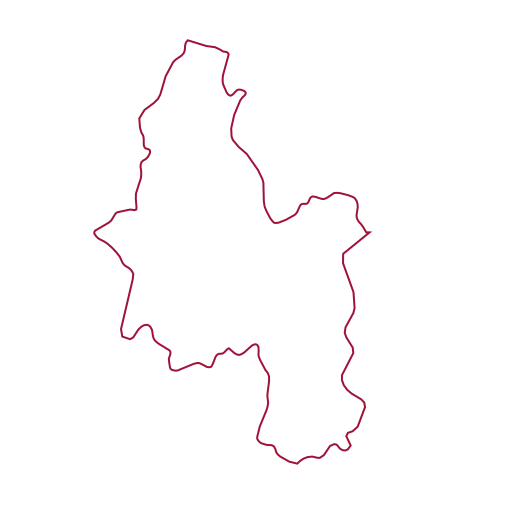 the border of Belluno, rotated 293°
{"feature_id": "ITA-5467", "entity_name": "Belluno", "entity_type": "Province", "adm_level": 1, "iso_a3": "ITA", "parent_name": "Italy", "parent_adm1": "", "projection": "robinson", "projection_center": [12.178, 46.278], "detail": "fine", "context": "isolated", "style": "outline", "palette": "rose", "viewbox_px": 512, "rotation_deg": 293, "n_neighbors": 0, "source": "natural_earth", "source_scale": "10m", "svg_char_len": 3641}
<svg xmlns="http://www.w3.org/2000/svg" viewBox="0 0 512 512"><g transform="rotate(293 256 256)"><path d="M337.1,94.8L346.9,96.3L357.0,102.2L362.4,104.4L367.2,104.8L386.1,102.6L402.2,104.0L402.8,104.3L405.3,105.3L411.3,109.1L414.3,110.2L417.3,110.1L422.5,108.4L425.1,108.1L427.9,108.9L429.9,128.2L432.2,136.7L432.0,141.9L431.4,145.8L432.3,149.2L431.8,151.1L430.8,152.1L409.4,155.0L406.2,156.0L403.4,157.2L402.1,158.0L400.4,159.4L394.8,165.4L393.6,167.8L393.5,169.6L394.4,170.7L395.6,171.5L397.0,172.1L398.7,172.6L401.5,173.9L402.6,175.4L403.2,177.4L403.3,181.0L402.5,182.6L401.1,183.1L399.5,182.8L396.5,181.5L393.0,180.7L377.4,180.8L363.8,183.3L356.7,186.7L355.0,188.1L353.7,189.5L349.6,197.5L347.2,204.9L346.3,207.7L335.9,224.3L329.2,231.9L326.5,234.1L309.7,241.7L304.9,244.6L301.6,247.9L296.2,254.5L294.5,257.6L293.7,259.5L293.9,260.8L295.1,263.2L296.0,264.3L301.0,269.4L309.0,275.6L310.5,276.2L312.1,276.7L319.5,276.9L321.0,277.3L322.0,278.3L322.7,279.5L323.2,280.9L323.8,282.1L324.9,282.9L326.6,283.2L330.3,283.2L331.9,283.8L333.1,285.1L333.7,288.1L334.2,293.8L334.5,295.3L335.2,296.4L336.0,297.5L338.3,299.3L344.5,303.3L345.7,305.7L346.8,309.2L348.0,317.2L348.2,321.1L348.0,323.8L347.1,325.5L346.4,326.5L345.6,327.5L343.3,329.3L340.6,330.6L332.6,332.7L331.3,333.4L330.2,334.2L329.2,335.2L328.3,336.4L327.5,337.7L326.3,340.4L324.6,343.2L320.9,348.2L322.1,351.3L292.1,335.4L283.4,338.9L260.9,359.8L246.6,367.1L241.6,367.9L225.3,366.3L219.9,367.7L216.3,371.1L209.5,380.8L204.6,383.5L179.9,381.7L175.3,383.6L171.4,387.3L168.4,392.3L166.7,397.9L165.2,408.7L163.4,412.9L159.5,415.4L138.6,416.3L132.4,413.4L129.1,409.7L125.5,409.5L118.5,417.2L113.7,416.0L111.9,414.3L111.1,411.5L111.5,408.5L113.8,404.2L113.5,401.6L110.1,398.4L99.3,396.3L95.1,393.6L94.4,392.0L93.3,386.0L91.0,382.0L88.0,378.9L84.6,376.7L81.0,375.1L79.7,367.0L80.9,356.5L81.9,353.5L83.1,351.5L85.9,349.2L87.6,347.1L88.0,345.4L87.8,343.7L86.5,340.6L86.1,338.1L85.7,333.5L86.9,330.2L88.3,328.5L90.0,327.8L100.5,326.1L118.7,325.9L122.2,325.4L125.5,324.6L132.0,320.9L146.3,316.8L150.3,315.0L152.1,313.4L153.3,311.9L154.7,309.3L161.9,300.4L164.1,298.2L166.1,296.8L170.2,295.3L173.4,293.7L174.5,292.1L174.7,290.5L174.1,289.2L173.1,288.2L172.0,287.3L162.1,282.6L159.7,280.7L158.8,279.7L158.1,278.5L157.9,276.4L158.2,274.0L160.4,267.2L160.2,266.9L159.5,266.2L158.2,265.6L155.0,264.5L153.7,263.8L152.8,262.8L151.5,260.2L150.5,259.2L149.2,258.5L147.5,258.2L139.7,258.4L137.9,258.3L136.3,257.8L135.3,256.4L134.7,254.2L135.3,247.5L135.2,245.3L134.6,244.0L133.9,242.8L132.2,240.6L120.2,228.8L119.3,227.4L118.7,225.6L118.3,223.0L118.8,221.4L119.9,220.3L126.1,216.5L127.6,215.9L132.9,215.4L134.7,214.3L135.4,212.9L137.2,200.8L138.0,197.8L138.9,195.6L139.7,194.5L140.7,193.5L143.0,191.8L145.9,190.1L147.6,188.9L149.6,186.3L150.2,184.4L150.1,182.7L149.5,181.4L148.7,180.3L147.8,179.3L145.4,177.7L142.1,176.4L133.1,174.8L130.2,172.6L129.6,164.4L136.0,160.3L186.1,151.7L191.4,150.1L192.4,149.1L193.3,148.0L194.1,146.8L194.7,145.5L195.2,143.9L196.0,138.9L196.8,137.2L197.8,135.6L202.1,130.9L205.0,125.7L207.4,120.2L209.4,114.1L210.0,110.8L210.4,105.3L210.8,103.3L211.7,101.2L213.4,98.4L215.1,97.8L216.5,98.0L229.4,107.6L232.2,108.9L239.5,110.0L241.0,110.5L242.2,111.4L249.4,121.7L249.9,123.0L250.7,126.2L252.0,127.6L253.9,127.1L261.5,123.1L266.6,121.1L282.7,119.6L286.2,118.5L289.2,117.2L292.7,115.0L295.2,114.1L297.4,113.9L298.9,114.4L300.3,115.2L301.4,116.1L303.1,117.1L305.1,117.8L308.8,118.2L310.8,117.7L312.0,116.7L312.3,115.3L311.9,112.4L312.5,110.9L314.2,109.4L320.5,106.6L322.2,105.5L323.2,104.5L324.9,102.2L328.9,99.0L337.1,94.8Z" fill="none" stroke="#9f1239" stroke-width="2"/></g></svg>